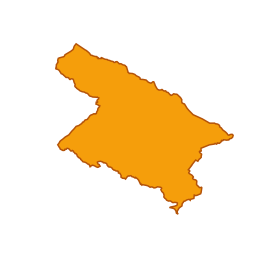 outline of Pietrosani, Arges, Romania, rotated 127°
{"feature_id": "2599482B78356313934610", "entity_name": "Pietrosani", "entity_type": "district", "adm_level": 2, "iso_a3": "ROU", "parent_name": "Romania", "parent_adm1": "Arges", "projection": "albers", "projection_center": [24.853, 45.151], "detail": "fine", "context": "isolated", "style": "filled", "palette": "amber", "viewbox_px": 256, "rotation_deg": 127, "n_neighbors": 0, "source": "geoboundaries", "source_scale": "gbopen_adm2", "svg_char_len": 5832}
<svg xmlns="http://www.w3.org/2000/svg" viewBox="0 0 256 256"><g transform="rotate(127 128 128)"><path d="M183.7,174.0L184.0,173.1L184.8,171.2L185.2,169.9L185.7,169.2L185.2,167.8L185.2,167.5L185.4,167.1L184.7,165.9L183.9,165.2L183.2,165.6L182.9,165.6L182.1,164.5L181.0,164.5L180.6,164.0L180.2,162.9L180.6,160.7L180.8,160.0L180.4,159.3L179.5,159.0L179.3,158.3L179.4,157.9L179.9,157.3L179.8,156.7L179.9,155.6L180.1,155.4L180.3,154.7L179.8,154.0L179.8,153.6L180.0,152.9L180.5,152.3L181.0,151.5L181.0,150.5L181.4,150.0L181.3,149.4L181.1,148.9L181.1,147.6L181.1,147.4L181.6,146.9L181.7,145.2L182.1,143.8L181.9,143.2L181.3,142.0L180.9,140.3L181.0,138.5L180.5,137.3L181.5,135.3L181.8,135.0L181.3,134.6L180.9,134.8L180.3,134.8L179.5,134.1L179.2,134.1L179.0,133.9L178.4,132.2L178.1,129.9L177.7,128.6L177.3,128.2L176.0,127.7L175.5,127.3L175.2,127.3L175.1,128.2L174.5,129.0L174.8,130.2L174.7,130.6L173.8,131.9L172.8,131.6L171.0,129.8L170.8,128.8L170.5,128.4L170.3,127.5L170.6,127.1L170.5,126.5L169.8,125.8L169.8,125.2L169.4,124.6L169.4,123.5L169.9,122.6L170.3,122.1L170.3,121.5L170.7,120.8L170.6,119.7L169.8,118.6L169.7,118.2L169.6,116.8L170.1,115.4L170.0,114.3L170.1,114.0L170.1,113.8L169.6,113.2L169.6,112.1L169.1,111.0L168.7,110.5L168.7,109.9L168.5,109.5L169.2,109.1L169.7,108.5L169.1,107.5L169.1,107.2L170.1,104.9L170.4,104.6L171.4,104.2L171.4,102.2L171.0,101.4L170.3,100.7L170.3,99.2L167.8,99.3L166.2,99.0L165.4,97.9L164.5,97.2L164.3,96.9L164.5,95.4L163.9,94.4L163.7,92.2L162.9,92.2L162.9,89.8L163.3,88.1L165.3,84.3L164.8,84.2L165.3,82.5L164.5,82.3L162.8,78.8L162.2,77.2L162.0,74.7L161.3,74.2L160.6,73.3L160.3,72.2L160.3,71.4L159.5,70.4L158.2,69.5L157.2,69.1L155.7,66.3L155.6,65.5L155.8,64.9L157.5,64.6L158.4,62.7L158.6,60.7L159.9,58.8L160.8,58.2L161.5,57.9L161.9,56.5L162.0,54.7L162.4,53.8L162.0,51.8L161.7,51.3L161.0,50.7L160.7,49.9L160.7,47.6L160.3,46.9L159.3,46.0L158.8,45.2L158.2,44.0L158.2,43.4L159.7,42.5L160.5,42.5L162.4,43.7L165.7,46.6L166.1,46.7L166.3,46.6L165.1,43.9L164.6,42.1L165.4,39.8L166.9,38.0L166.6,36.1L166.1,37.6L164.8,38.6L161.2,39.0L159.9,38.7L157.8,38.0L155.7,39.2L154.0,39.1L153.1,39.3L151.5,38.2L150.8,38.1L150.0,37.7L148.2,36.3L148.3,34.8L147.3,35.1L144.6,33.0L141.7,34.7L141.3,33.3L140.1,32.3L136.8,30.4L135.5,30.8L131.3,33.1L131.1,33.6L132.4,34.7L132.5,35.8L132.3,36.3L132.2,37.4L132.2,38.0L131.8,39.3L129.0,41.1L128.7,42.1L129.0,43.6L129.3,44.1L129.6,44.9L129.4,45.9L129.0,46.3L127.9,46.2L127.7,46.4L127.2,48.5L127.5,51.6L127.3,52.5L126.9,52.7L125.6,52.6L125.0,53.0L125.0,53.9L125.1,54.7L119.6,54.6L119.6,54.8L112.9,54.7L112.5,52.2L110.4,52.4L108.6,52.0L107.3,51.9L106.2,52.8L105.4,53.0L104.6,53.5L104.5,54.5L104.5,56.0L104.1,56.2L103.8,56.8L103.4,56.8L103.2,56.3L102.5,55.7L102.1,55.8L101.7,56.4L100.2,57.5L92.4,52.8L88.9,49.4L87.9,49.2L87.9,48.7L87.7,47.7L86.9,47.4L86.3,47.6L86.3,47.2L85.8,47.0L85.7,46.7L85.6,46.3L85.2,45.8L84.7,45.8L83.9,45.4L82.6,45.4L81.8,45.8L81.7,45.8L81.7,45.4L81.2,44.7L80.6,44.6L80.0,44.8L78.2,41.7L77.4,41.0L77.3,40.8L77.0,40.8L76.8,40.3L75.4,40.3L74.4,39.4L73.6,39.1L72.4,38.9L70.6,39.6L70.3,40.5L70.4,41.1L71.7,42.5L72.9,42.9L73.3,43.6L73.2,44.5L72.8,45.6L72.5,47.6L72.5,51.3L71.8,53.4L71.9,55.5L71.5,55.7L70.9,56.5L70.8,57.6L70.9,58.7L72.0,60.8L72.0,61.7L75.0,65.7L76.0,74.1L78.2,84.0L77.3,90.0L76.7,92.7L74.8,97.4L75.1,97.9L75.4,100.0L74.5,101.1L73.0,102.1L72.1,104.4L71.6,108.9L71.7,109.4L72.3,110.2L73.2,112.1L75.6,112.8L76.1,113.4L75.9,113.9L76.1,114.2L75.8,116.0L75.6,116.8L75.5,117.4L76.0,118.5L76.1,119.3L75.8,119.7L75.7,120.2L75.8,120.5L76.7,121.4L76.9,122.6L76.7,123.8L77.1,124.3L77.5,124.3L79.0,126.0L79.3,127.6L79.2,128.3L77.8,131.6L76.6,133.4L75.6,135.3L76.4,136.1L76.9,136.1L78.4,136.6L79.2,139.2L78.8,142.4L80.3,145.4L81.5,147.1L81.6,147.5L81.6,147.9L80.9,148.3L80.7,149.1L80.7,150.0L81.3,152.9L81.1,154.8L81.8,157.2L83.1,159.3L83.7,159.8L83.4,160.8L83.5,161.5L83.4,161.8L83.1,161.9L80.0,166.1L80.2,166.9L79.9,167.3L79.8,167.9L80.0,168.4L80.0,168.9L80.5,169.7L80.8,171.0L80.7,171.7L80.9,172.0L81.4,173.1L82.0,173.6L81.7,175.3L81.8,176.1L81.6,176.6L82.0,177.2L82.6,177.7L83.3,177.8L84.0,178.5L83.9,179.6L84.0,180.2L84.4,181.0L85.0,182.5L85.0,183.1L85.6,184.4L85.9,185.3L85.8,185.8L87.0,187.9L87.7,191.5L87.8,191.6L88.4,191.0L90.5,193.6L89.8,194.2L90.3,194.9L89.9,195.2L89.8,196.0L90.7,197.4L91.4,199.2L91.7,200.7L92.1,201.1L92.2,201.7L92.0,202.4L91.5,203.5L91.2,206.7L91.3,206.9L91.2,207.5L91.2,208.0L91.4,209.1L92.0,220.1L94.6,220.2L95.6,220.0L97.8,219.2L98.8,219.2L101.3,219.9L107.4,222.4L108.8,222.1L109.7,222.2L113.0,224.8L114.3,225.6L116.2,224.9L117.4,223.6L117.8,223.7L118.2,223.4L118.6,223.5L119.2,223.3L120.3,223.4L121.2,222.9L121.6,222.5L122.9,222.0L122.9,221.6L123.9,221.5L124.2,220.8L123.7,220.2L123.4,218.7L123.4,217.7L124.8,214.0L124.5,213.1L124.4,212.0L124.6,211.1L124.6,210.4L124.9,207.9L124.2,206.9L123.7,206.0L123.7,205.6L124.3,203.9L124.1,203.4L123.0,203.1L122.4,202.2L122.1,201.2L122.5,200.4L124.1,198.3L125.0,196.5L125.4,196.1L126.0,196.0L126.6,195.6L127.0,194.5L126.9,193.7L127.2,192.9L127.1,189.7L127.2,188.8L126.6,186.4L125.6,184.5L125.4,182.5L124.9,181.8L124.9,180.2L125.3,179.0L125.5,178.0L125.3,177.2L124.8,176.1L124.6,175.1L124.3,174.5L122.9,172.5L122.6,171.8L121.8,171.1L121.8,170.1L121.5,169.5L122.5,169.0L124.2,169.4L124.8,169.2L125.4,168.6L125.5,167.9L125.8,167.9L126.0,168.6L126.6,168.5L126.7,168.8L128.2,167.9L127.7,166.6L127.6,164.5L127.2,164.0L128.2,163.5L129.7,163.8L130.7,163.5L131.1,163.6L131.9,162.9L134.3,162.6L135.3,162.0L135.6,162.0L136.1,162.5L136.7,162.7L136.9,163.5L137.1,163.8L138.9,164.7L140.1,165.5L141.5,165.8L143.7,165.6L144.4,165.8L145.0,165.6L145.5,165.6L147.5,167.1L150.0,167.1L150.7,167.8L152.3,167.6L153.7,168.2L155.5,168.7L157.9,170.4L161.6,170.6L164.5,171.0L169.1,171.1L172.9,172.7L176.1,173.4L178.4,174.1L179.6,174.3L181.5,174.0L183.7,174.0Z" fill="#f59e0b" stroke="#b45309" stroke-width="1.5"/></g></svg>